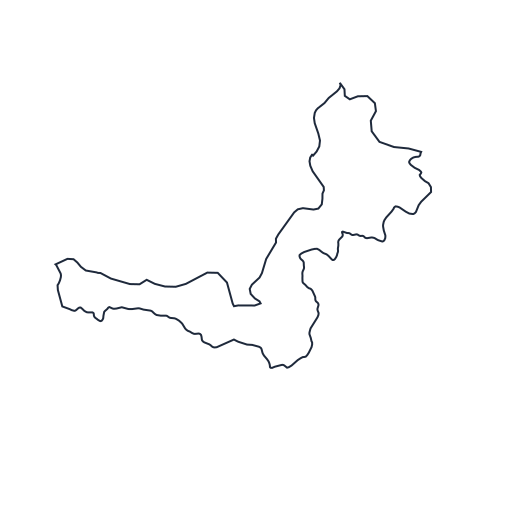 an SVG outline of Nong Khai, rotated 332°
{"feature_id": "THA-446", "entity_name": "Nong Khai", "entity_type": "Province", "adm_level": 1, "iso_a3": "THA", "parent_name": "Thailand", "parent_adm1": "", "projection": "robinson", "projection_center": [102.779, 17.946], "detail": "fine", "context": "isolated", "style": "outline", "palette": "slate", "viewbox_px": 512, "rotation_deg": 332, "n_neighbors": 0, "source": "natural_earth", "source_scale": "10m", "svg_char_len": 4942}
<svg xmlns="http://www.w3.org/2000/svg" viewBox="0 0 512 512"><g transform="rotate(332 256 256)"><path d="M352.7,194.5L358.6,192.2L363.3,189.0L366.7,184.1L368.5,177.2L370.2,166.3L372.0,161.3L375.1,157.2L377.5,155.5L379.9,154.6L388.3,153.1L394.4,150.6L404.8,148.6L408.4,147.2L411.0,144.8L411.3,142.4L412.4,150.3L409.6,156.3L412.4,161.7L420.9,162.8L429.4,167.1L432.7,176.9L429.9,184.4L420.9,190.4L416.7,200.2L418.6,213.2L428.9,224.5L441.2,232.7L450.7,241.6L449.7,242.4L448.2,244.2L447.1,244.6L446.1,244.6L443.6,243.5L441.7,243.0L440.6,242.9L438.5,243.1L437.6,243.4L436.7,243.8L436.0,244.3L435.3,244.9L435.1,246.3L435.5,248.3L437.5,252.6L440.4,256.6L441.2,258.9L441.2,259.8L440.4,260.5L438.6,261.3L438.3,262.7L438.6,264.7L440.3,269.2L442.5,272.7L442.8,277.3L440.6,281.7L427.4,285.6L423.5,287.5L417.9,292.2L416.1,292.8L414.7,292.8L413.8,292.3L411.3,290.5L409.0,287.1L405.6,280.6L404.8,279.6L403.9,278.7L402.5,277.7L401.5,277.8L400.5,278.1L399.8,278.8L396.6,280.4L389.1,283.1L386.3,284.6L384.8,285.8L382.9,288.1L382.4,288.9L382.0,289.8L380.8,293.5L379.9,298.5L379.3,299.7L378.4,301.0L376.6,302.4L375.4,302.7L374.3,302.5L371.4,299.5L370.8,298.7L369.2,296.0L368.6,295.3L367.0,294.0L366.0,293.6L362.4,292.4L361.6,291.8L361.0,291.2L360.8,290.6L360.6,289.9L360.2,288.9L359.4,288.1L357.7,287.4L356.8,286.6L355.7,284.7L354.8,284.0L351.7,283.1L350.8,282.6L350.3,281.9L349.9,281.2L349.7,280.7L349.4,280.1L348.8,279.4L347.1,278.4L344.1,275.2L343.3,275.2L342.9,275.9L342.9,277.1L342.4,278.3L341.4,279.3L337.4,280.5L336.2,281.1L335.5,281.8L334.9,282.7L334.5,283.8L333.5,285.6L332.2,287.3L331.6,288.2L330.8,290.1L330.2,290.9L328.7,292.3L328.1,293.1L327.3,293.8L326.3,294.6L324.1,295.8L322.8,296.0L321.8,295.5L321.3,294.6L320.1,290.1L319.3,288.1L318.8,287.3L318.1,286.5L317.4,285.7L316.8,284.9L316.3,284.0L315.4,282.0L315.0,281.0L314.5,280.0L313.3,278.3L311.2,277.3L308.1,276.4L300.4,275.1L297.1,275.1L295.0,275.6L294.4,276.4L294.1,277.6L294.0,278.7L294.2,279.9L295.0,281.9L295.2,283.0L295.1,284.1L293.7,287.0L293.3,288.1L292.8,289.1L292.1,289.9L290.0,291.5L289.2,292.4L288.6,293.4L287.7,295.4L286.7,297.1L286.0,298.5L285.2,300.1L284.9,301.1L285.0,302.1L286.0,304.6L286.7,307.5L287.2,308.5L287.6,309.3L288.6,310.3L289.0,311.0L289.3,312.0L289.5,313.3L289.1,319.6L288.9,320.4L288.0,322.1L287.7,323.1L287.7,324.2L288.5,326.2L288.6,327.2L288.4,328.2L287.9,329.0L285.7,331.2L285.1,332.1L284.8,333.2L284.5,335.8L283.4,337.4L281.5,339.0L270.4,345.4L269.7,346.0L267.6,348.3L267.0,349.1L266.5,350.1L266.3,351.3L265.9,354.0L265.0,357.3L265.0,358.6L264.1,360.4L262.3,362.5L257.3,366.1L254.8,367.5L252.8,368.2L251.7,368.0L249.7,367.2L247.4,367.2L244.0,367.5L236.0,369.4L232.8,369.6L231.0,369.2L229.7,366.2L229.2,365.3L228.4,364.6L227.4,364.2L220.7,362.6L217.6,362.3L216.4,361.5L216.2,360.7L217.0,358.7L217.3,357.5L217.5,356.2L217.6,354.9L217.3,352.3L216.3,347.7L216.2,345.2L216.4,344.0L217.0,341.6L217.2,340.5L217.1,339.3L216.6,338.4L216.0,337.5L210.9,332.7L206.5,330.0L200.1,323.4L199.0,321.9L197.3,319.4L178.5,318.1L176.5,317.3L175.7,316.7L175.0,315.9L174.5,314.9L174.2,313.9L173.8,313.0L173.3,312.1L169.9,308.1L169.4,307.3L169.0,306.3L168.8,305.1L169.1,304.0L169.9,302.0L170.2,300.9L170.4,299.7L170.0,298.6L169.1,297.6L165.7,296.2L164.7,295.6L163.4,294.0L162.1,291.7L161.7,291.2L161.1,290.6L160.6,289.9L160.1,288.9L159.7,287.9L159.4,286.7L159.1,281.3L158.8,280.1L157.7,277.0L156.1,274.3L155.5,273.5L154.7,272.7L151.4,270.5L150.7,269.8L150.2,268.9L149.7,267.9L149.2,267.0L148.5,266.4L143.8,263.9L140.5,261.4L139.5,259.7L138.7,257.5L138.4,256.4L137.9,255.5L137.2,254.7L131.5,250.5L128.7,247.7L127.9,247.1L126.8,246.6L121.7,244.7L118.9,243.2L118.1,242.6L113.5,238.3L113.3,238.2L108.2,236.9L106.2,236.1L105.3,235.6L104.5,234.8L102.6,232.3L101.7,232.2L100.9,232.4L100.0,232.9L96.6,233.7L95.7,234.1L93.2,237.2L92.3,238.6L91.8,239.3L90.9,240.0L89.4,240.7L88.3,240.6L87.6,240.0L86.5,238.2L86.3,237.8L86.0,237.0L85.1,235.2L84.8,234.2L84.8,233.0L85.1,232.0L85.6,231.0L85.7,230.0L85.1,229.0L81.5,227.1L80.3,226.3L79.7,225.5L79.1,224.6L78.6,223.7L77.8,221.1L77.0,219.2L75.8,218.6L74.3,218.7L71.9,219.3L70.8,219.4L69.8,219.1L67.8,217.2L66.6,215.5L61.3,209.6L65.1,193.0L67.1,188.6L68.9,187.6L71.5,185.5L73.8,183.0L74.8,181.4L75.3,179.8L75.4,170.2L75.1,169.3L88.2,170.0L93.4,173.2L95.2,177.9L96.3,183.3L98.9,188.9L107.5,195.6L108.5,196.7L110.7,198.0L117.3,207.8L131.5,221.6L139.9,226.3L148.3,225.7L153.6,233.1L161.3,240.2L170.7,245.5L181.0,247.7L205.2,247.8L214.3,252.9L217.9,265.8L213.1,287.0L213.0,290.0L217.1,291.3L231.6,299.1L237.8,300.0L237.8,297.7L235.1,293.0L233.5,287.0L235.0,282.1L238.9,279.4L249.0,276.7L253.2,273.9L263.6,263.4L280.0,253.5L281.7,250.1L285.9,247.4L310.2,235.4L314.8,234.4L319.9,235.8L328.6,242.0L333.3,243.4L338.3,241.3L341.5,236.7L344.0,232.1L346.8,229.9L348.2,226.8L345.8,207.8L346.3,201.8L347.7,197.5L350.1,194.5L352.3,193.3L353.6,192.5L353.7,192.4L353.1,193.8L353.0,194.1L352.8,194.4L352.7,194.5Z" fill="none" stroke="#1e293b" stroke-width="2"/></g></svg>